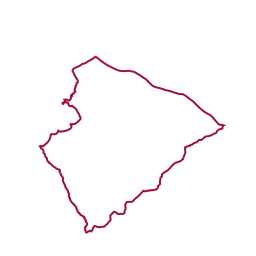 the district of Sandan, Kâmpóng Thum, Cambodia, rotated 64°
{"feature_id": "14789045B38871502259240", "entity_name": "Sandan", "entity_type": "district", "adm_level": 2, "iso_a3": "KHM", "parent_name": "Cambodia", "parent_adm1": "Kâmpóng Thum", "projection": "albers", "projection_center": [105.429, 13.113], "detail": "fine", "context": "isolated", "style": "outline", "palette": "rose", "viewbox_px": 256, "rotation_deg": 64, "n_neighbors": 0, "source": "geoboundaries", "source_scale": "gbopen_adm2", "svg_char_len": 5868}
<svg xmlns="http://www.w3.org/2000/svg" viewBox="0 0 256 256"><g transform="rotate(64 128 128)"><path d="M51.9,152.7L54.7,152.8L58.4,152.8L63.4,152.3L63.9,152.7L65.1,153.3L65.3,153.5L65.2,154.5L65.5,154.5L66.3,155.4L66.8,155.6L67.3,156.5L68.1,157.1L67.9,157.3L69.0,158.0L69.3,158.6L70.3,159.0L70.5,159.1L71.5,159.2L72.0,159.4L71.8,159.7L72.2,159.7L72.3,160.1L72.5,160.3L72.6,160.6L72.8,161.0L72.7,161.6L72.9,161.6L72.9,161.8L73.2,162.0L73.4,162.7L73.3,163.1L73.5,163.3L73.5,163.6L73.8,163.8L73.5,164.0L73.5,164.6L73.6,164.9L73.7,165.0L74.0,165.0L74.4,164.9L74.3,165.1L74.5,165.3L74.6,165.2L75.5,165.8L76.0,165.9L76.4,166.6L76.8,166.8L76.9,167.5L77.1,167.7L77.3,168.1L77.7,168.5L77.1,169.6L76.9,169.5L76.6,169.7L75.9,170.4L75.4,170.8L74.8,172.5L75.3,172.3L76.0,172.6L76.3,173.0L76.9,174.5L76.9,174.8L76.7,175.4L76.7,175.8L77.1,176.1L77.5,176.2L77.9,175.8L78.0,175.5L77.4,174.3L77.3,173.7L77.3,173.2L77.6,172.2L78.9,171.5L79.4,171.0L79.8,170.8L81.2,171.3L81.5,171.3L82.3,170.9L82.9,170.5L83.5,169.7L83.5,169.4L83.4,168.6L84.9,168.0L86.3,167.1L88.1,166.5L89.3,166.4L91.6,166.3L93.7,166.0L93.9,166.1L95.4,166.1L98.2,166.2L99.0,166.7L99.7,168.1L100.3,170.0L100.9,172.3L101.0,173.2L101.0,173.9L100.5,175.7L99.4,177.7L99.4,178.0L99.5,178.2L99.7,178.3L100.9,177.8L101.8,178.1L102.6,178.7L103.0,179.3L103.2,179.9L103.5,182.3L103.2,185.6L102.1,189.2L101.5,190.6L99.9,191.7L99.8,191.9L100.2,192.3L100.7,192.7L101.3,193.5L101.6,194.7L101.6,195.3L101.3,197.1L99.9,199.7L100.0,200.1L100.3,200.5L100.9,200.8L102.9,202.4L103.8,203.4L105.4,206.0L106.3,208.8L107.1,212.1L107.1,212.5L106.6,213.4L105.8,214.3L105.7,214.7L105.8,215.2L106.7,214.7L107.0,214.7L107.8,215.1L108.2,215.1L109.2,214.2L110.9,213.9L111.8,214.1L113.3,214.9L113.7,214.8L114.2,214.4L114.6,214.3L115.4,214.3L116.0,214.5L117.2,214.7L118.4,214.7L119.3,214.2L121.5,214.7L123.0,214.7L124.0,214.3L124.1,214.0L125.1,214.1L125.8,213.6L127.5,212.7L128.8,212.4L130.6,211.6L131.5,210.8L132.5,210.4L133.4,209.9L135.2,208.1L135.8,207.7L136.1,207.6L136.4,207.7L137.0,208.6L137.5,208.8L138.2,208.8L139.0,208.5L140.5,208.7L142.4,208.6L144.4,208.3L145.4,208.5L146.5,209.5L147.3,209.8L148.9,209.7L149.8,209.9L150.7,209.7L151.8,209.6L152.4,209.8L152.7,210.0L153.3,210.1L153.6,210.0L154.4,210.1L155.1,210.0L156.3,209.7L157.5,209.8L158.0,209.5L159.2,209.9L159.5,209.8L160.6,209.8L160.9,210.1L161.7,210.1L162.8,210.7L163.8,211.3L164.7,211.0L164.9,211.2L165.1,211.2L165.6,211.0L165.9,211.3L166.2,211.4L166.5,211.2L166.9,211.2L167.7,211.5L169.6,211.3L170.8,210.9L172.9,210.3L173.3,209.8L173.7,209.9L173.9,210.1L175.5,209.4L176.4,209.1L176.7,209.4L177.5,209.7L178.2,209.6L179.2,209.8L179.8,209.6L180.8,209.7L181.3,210.0L182.3,209.6L182.4,209.4L182.8,209.1L183.2,209.0L183.6,208.8L183.9,208.9L184.1,209.1L184.6,209.1L185.2,208.7L185.6,208.6L185.8,208.3L186.2,208.1L186.5,207.7L186.9,207.4L187.9,207.2L188.2,206.8L188.4,206.4L188.8,206.5L189.6,206.2L189.9,206.3L190.1,206.7L190.7,206.8L192.5,206.2L192.6,206.3L192.8,206.7L193.1,206.9L193.9,206.7L194.6,206.8L195.5,206.6L196.7,207.0L197.1,207.6L197.2,207.9L197.9,208.5L198.1,208.7L198.1,209.7L198.4,210.0L198.6,210.4L198.7,210.5L200.1,211.0L200.5,210.9L201.0,211.2L201.4,211.1L201.8,211.3L203.6,211.5L203.7,211.4L203.8,210.1L203.6,209.6L203.7,208.8L203.5,207.4L204.8,206.5L204.9,206.3L203.8,204.3L203.6,204.1L202.6,203.6L202.4,202.8L201.5,201.8L201.4,201.2L201.5,200.8L201.8,200.3L203.2,199.2L203.8,198.6L204.7,197.1L205.3,195.1L206.0,193.2L206.2,192.1L205.3,190.0L205.1,188.5L204.0,186.3L203.2,184.2L202.3,183.6L199.2,182.5L198.9,182.2L198.7,181.8L197.4,178.3L197.3,177.5L197.4,176.9L197.6,176.5L198.3,176.2L199.1,175.5L200.8,174.8L201.2,174.3L201.7,172.7L202.6,171.1L203.0,170.1L203.1,169.7L203.1,169.2L202.8,168.4L201.4,167.7L199.2,165.2L197.6,165.0L197.0,164.5L195.9,164.2L194.4,162.3L194.2,161.8L194.1,161.2L194.2,160.7L196.0,157.2L195.9,155.5L194.9,153.1L194.0,149.5L192.3,144.6L191.9,143.4L191.2,142.0L191.5,141.6L191.4,141.2L192.4,140.6L192.4,140.2L192.6,140.0L192.9,138.6L192.7,138.3L193.3,137.1L193.7,136.5L193.8,135.8L193.6,135.6L193.7,135.3L193.7,135.0L194.5,133.6L194.9,132.5L195.1,131.9L195.1,131.2L195.4,130.6L195.5,130.4L195.4,129.8L195.5,129.2L195.4,128.3L195.1,127.7L193.4,126.5L193.0,124.8L192.5,123.9L192.3,123.6L191.8,123.3L191.3,123.3L190.8,123.1L189.3,122.3L188.2,121.2L187.4,121.0L186.9,120.7L186.7,120.3L186.6,119.1L186.3,118.6L185.7,118.3L184.7,117.9L183.8,115.3L183.7,112.5L183.3,110.3L182.4,107.7L180.4,103.0L180.2,101.3L180.3,99.7L180.6,97.6L180.7,95.6L180.6,94.7L180.1,92.3L180.0,92.2L179.8,92.2L175.5,87.4L170.5,85.3L170.5,84.8L170.7,84.4L170.5,84.0L170.4,83.5L170.7,83.1L170.7,81.5L171.1,80.5L171.1,80.3L170.8,79.9L170.6,79.3L170.8,78.9L170.8,78.3L171.1,77.8L170.8,76.9L170.8,76.4L170.5,75.4L170.5,74.9L170.8,73.6L170.8,72.3L170.5,71.0L169.9,69.6L170.0,69.1L170.6,68.1L170.8,67.6L170.8,67.1L170.4,64.8L169.7,62.5L169.7,61.8L169.8,61.4L170.6,59.7L170.7,58.7L170.7,57.9L171.1,56.5L170.9,55.1L171.0,54.3L170.8,53.6L171.1,51.3L170.9,50.6L169.9,49.4L169.5,48.0L169.3,46.4L169.4,45.9L169.7,44.5L169.8,43.7L169.5,43.1L167.9,42.1L167.6,41.5L167.6,40.8L166.4,42.0L165.9,43.3L164.3,45.0L163.4,45.1L157.9,46.7L157.3,46.7L153.1,48.1L152.2,48.6L150.1,50.2L147.3,52.0L145.1,53.2L143.2,54.1L141.4,54.8L138.6,55.7L136.6,56.6L132.8,57.7L129.9,59.3L124.7,61.9L122.7,63.1L121.2,64.4L119.9,67.0L119.0,68.1L117.8,69.2L116.3,71.0L113.4,73.8L112.5,74.9L110.8,77.1L109.4,78.6L107.3,80.6L103.5,85.1L102.4,86.2L101.3,87.1L100.2,87.7L94.2,89.9L94.1,89.7L91.9,90.6L90.0,91.8L89.4,92.1L87.5,93.3L85.5,94.3L80.5,97.7L78.9,99.5L77.7,101.1L76.8,102.5L75.5,105.7L75.3,106.4L74.2,108.5L72.5,110.9L71.1,112.2L68.1,114.8L65.6,116.6L63.7,118.2L62.5,119.0L57.6,121.9L54.3,123.6L52.6,124.3L49.8,125.8L50.4,130.8L50.6,134.5L51.0,138.1L51.0,138.7L50.5,140.3L50.4,141.6L50.8,142.8L50.9,145.0L51.0,146.0L50.7,148.8L50.7,149.8L51.3,151.9L51.9,152.7Z" fill="none" stroke="#9f1239" stroke-width="2"/></g></svg>